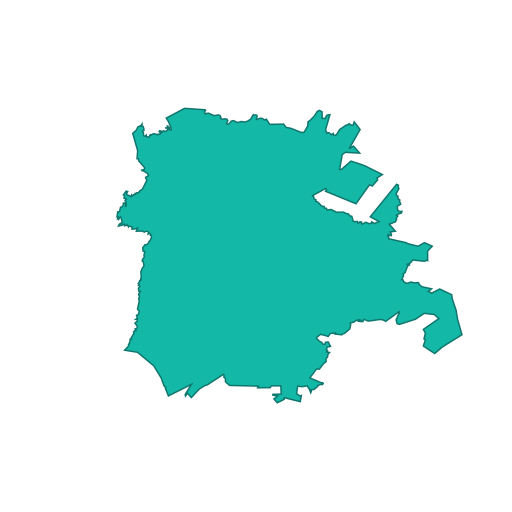 Venustiano Carranza, Chiapas, Mexico (Equal Earth projection), rotated 62°
{"feature_id": "50627088B57673642633786", "entity_name": "Venustiano Carranza", "entity_type": "district", "adm_level": 2, "iso_a3": "MEX", "parent_name": "Mexico", "parent_adm1": "Chiapas", "projection": "equal_earth", "projection_center": [-92.682, 16.309], "detail": "fine", "context": "isolated", "style": "filled", "palette": "teal", "viewbox_px": 512, "rotation_deg": 62, "n_neighbors": 0, "source": "geoboundaries", "source_scale": "gbopen_adm2", "svg_char_len": 6138}
<svg xmlns="http://www.w3.org/2000/svg" viewBox="0 0 512 512"><g transform="rotate(62 256 256)"><path d="M92.1,270.5L96.7,270.2L103.5,271.0L104.9,272.0L103.7,273.0L101.9,272.4L101.5,273.7L100.2,272.7L99.6,273.3L101.1,273.9L100.3,276.2L101.0,274.8L102.6,273.7L103.6,276.7L103.2,278.2L102.1,278.7L102.0,280.4L99.7,282.7L101.5,281.5L101.2,283.0L101.6,282.8L102.7,280.4L102.9,283.2L103.5,283.8L102.5,285.2L102.9,285.8L100.5,288.1L99.9,289.6L99.9,291.3L99.4,292.1L100.0,292.3L99.6,293.1L101.0,294.7L99.1,296.6L97.7,296.2L98.2,297.5L97.1,298.8L94.1,297.5L93.0,298.1L92.4,297.4L92.6,296.1L90.9,295.2L88.5,294.9L87.5,296.6L87.5,295.7L86.0,294.8L86.8,296.3L86.6,299.7L88.6,302.4L89.9,307.3L107.3,311.0L114.3,315.4L115.0,314.1L117.0,314.9L126.0,312.8L127.1,314.2L126.5,316.5L127.2,316.5L128.2,315.3L132.3,313.0L134.6,313.2L134.7,316.6L137.9,316.9L143.6,324.7L144.0,328.3L145.1,330.1L144.2,331.5L144.5,332.3L144.0,333.3L145.0,333.6L144.5,335.5L145.1,336.9L143.7,337.1L144.9,338.3L144.4,339.2L143.7,339.1L141.5,341.1L139.9,340.9L138.9,339.1L137.8,340.2L139.8,344.4L141.2,343.9L143.0,345.4L144.9,343.7L145.6,345.6L148.0,345.6L151.0,347.2L150.8,347.9L147.9,346.1L147.1,348.4L148.6,349.1L149.8,351.3L149.3,352.7L152.7,355.6L152.1,357.4L156.2,360.4L156.6,359.5L158.2,360.8L158.2,360.0L159.2,360.0L157.9,358.3L157.9,357.1L163.6,358.2L163.7,361.6L165.0,363.4L166.0,359.4L165.5,359.2L166.3,357.1L167.6,357.9L168.1,356.0L167.8,354.9L170.4,355.0L169.9,354.2L171.9,351.8L174.1,352.9L175.4,349.7L175.7,347.4L177.9,350.0L180.7,344.5L182.4,343.5L182.5,341.4L183.8,339.9L184.8,339.7L186.0,341.0L186.3,339.2L187.5,338.8L188.2,339.5L188.9,338.9L190.7,339.7L193.1,342.9L192.8,343.3L194.4,345.5L194.5,347.6L193.9,348.6L195.5,352.1L198.6,353.4L199.8,352.1L202.8,354.6L204.3,354.9L206.2,358.4L207.3,358.8L208.0,358.2L212.1,359.5L213.4,362.1L215.8,365.0L222.3,368.0L222.0,368.4L223.6,369.4L223.1,370.3L224.2,371.1L224.9,372.9L226.5,372.8L226.8,373.4L227.2,372.6L228.1,372.6L229.3,375.0L232.0,376.0L233.1,374.6L234.2,377.1L235.3,377.9L236.4,377.6L238.3,378.8L238.2,379.4L241.3,380.5L247.4,385.6L249.9,384.9L252.2,387.1L252.4,389.4L255.2,389.9L255.4,391.8L256.2,390.6L257.7,391.5L258.5,394.4L261.9,393.8L263.2,394.2L264.0,395.7L263.6,396.8L265.6,397.0L265.0,398.1L265.6,399.8L267.1,400.3L269.8,404.8L270.9,404.8L270.4,406.3L272.7,407.6L274.5,410.3L275.6,410.7L277.5,416.2L285.4,405.8L305.1,397.8L319.2,397.0L327.8,398.2L329.5,397.2L330.0,398.1L338.4,399.0L339.0,373.3L345.0,383.5L346.5,384.0L345.0,380.9L350.6,379.6L346.8,368.4L346.4,361.9L346.9,359.4L345.2,340.4L346.1,340.1L348.1,341.3L349.5,340.5L352.8,342.0L357.9,340.1L371.9,315.1L373.1,316.5L378.9,305.2L377.8,303.5L382.3,295.0L389.7,298.6L386.1,306.1L386.8,306.4L389.8,302.6L390.6,307.3L395.6,306.1L395.8,298.4L394.4,297.5L405.4,285.3L400.5,281.5L400.4,282.8L396.5,284.8L390.4,280.2L393.1,276.6L394.6,271.9L398.8,271.4L402.4,271.9L401.4,270.6L399.9,270.1L401.1,267.6L400.2,262.9L399.3,262.1L399.8,259.1L400.7,257.8L400.2,256.5L399.1,256.7L398.2,258.2L388.9,265.7L384.2,255.7L385.6,253.2L382.7,246.7L382.2,243.6L379.6,242.5L378.7,240.2L376.6,238.7L375.7,236.4L373.8,238.8L372.9,237.2L371.7,237.9L369.8,235.8L370.8,232.7L365.8,232.6L364.8,235.2L366.4,236.5L364.9,238.6L363.1,238.5L361.2,240.0L357.3,241.1L356.3,240.5L355.5,235.7L360.9,229.9L359.3,226.8L361.2,222.0L361.9,223.0L365.9,217.2L365.5,216.1L365.9,214.1L364.4,207.4L361.2,204.7L359.4,204.2L360.3,200.6L359.9,198.0L360.5,195.4L361.2,195.8L361.2,194.2L361.7,194.0L361.9,195.9L363.0,194.3L364.1,192.5L362.5,190.6L366.2,187.4L370.2,176.5L371.8,174.1L374.6,172.1L372.3,155.8L373.0,155.7L378.2,162.3L382.0,163.2L383.7,161.4L386.7,144.9L385.6,134.4L391.4,126.0L397.1,123.9L399.4,142.7L403.5,142.6L408.1,146.6L409.4,145.7L414.1,150.5L426.0,144.0L423.8,134.1L422.2,111.1L406.7,107.8L397.8,104.8L385.9,102.8L382.0,101.4L371.4,109.3L371.3,118.3L368.2,120.5L367.4,116.4L361.1,123.9L357.5,125.3L355.8,125.0L354.0,129.0L351.8,131.2L351.1,135.6L348.3,137.6L346.2,137.4L345.3,138.6L342.7,135.0L340.9,134.5L340.7,132.2L336.5,127.4L335.8,126.4L335.9,125.4L334.5,126.5L334.2,126.0L335.1,124.3L334.5,123.9L334.5,122.6L333.1,119.5L338.7,111.3L339.9,109.1L339.8,107.4L340.7,106.6L332.2,102.2L330.1,95.8L323.3,101.0L323.5,108.3L316.2,116.4L314.9,117.0L303.1,130.7L301.0,129.7L300.4,130.4L299.1,129.3L301.5,127.3L300.7,126.3L297.8,126.2L299.5,121.3L290.5,123.4L291.3,117.0L289.9,114.8L288.8,114.8L287.3,112.1L286.1,113.0L285.6,111.4L286.3,107.5L285.1,106.2L284.2,108.2L282.1,109.4L278.4,107.9L278.2,103.9L275.2,103.6L274.0,102.7L271.9,103.8L269.9,102.6L268.2,103.4L266.9,103.2L263.6,98.2L261.1,97.8L260.4,97.0L258.7,98.2L275.0,136.7L283.3,131.2L282.8,136.3L280.2,137.7L281.4,138.5L280.8,139.5L280.7,140.9L277.8,143.2L277.8,147.3L276.5,147.6L275.8,146.8L274.6,148.0L275.0,150.6L273.1,150.3L271.9,153.0L270.9,153.8L265.9,152.8L264.7,154.2L262.0,154.8L260.7,156.6L258.4,158.0L255.3,164.2L250.2,167.8L248.9,171.5L246.8,171.5L246.0,173.0L244.1,172.6L243.2,174.4L237.5,176.1L235.7,177.6L234.7,176.7L232.6,177.9L230.8,177.2L229.6,177.9L229.2,177.7L229.1,163.0L230.6,162.5L231.5,164.2L256.8,143.2L246.4,122.3L248.8,120.5L245.9,112.8L243.9,112.6L243.4,106.2L227.0,117.9L216.8,127.6L219.6,139.6L218.9,141.6L206.9,132.2L206.4,128.5L213.8,116.2L204.7,118.3L205.0,123.4L193.2,104.7L183.7,106.3L186.1,108.7L184.8,110.8L182.8,111.7L183.4,113.6L182.7,114.8L183.6,122.8L186.6,127.8L186.7,129.1L185.8,130.7L184.0,130.3L184.3,132.5L181.5,133.6L180.9,134.6L180.9,135.8L177.3,135.4L165.9,124.4L165.1,126.5L165.4,128.3L167.2,130.1L165.5,132.9L159.7,130.0L157.2,131.6L157.2,134.2L159.7,138.5L161.5,143.8L162.0,147.1L165.4,149.2L169.4,155.5L168.1,158.1L159.9,165.0L156.5,169.1L152.5,169.7L146.2,182.1L140.1,182.6L140.0,184.4L137.4,186.0L136.3,187.6L135.8,191.4L135.2,191.5L133.4,189.5L132.2,189.2L131.3,190.0L130.6,192.0L130.0,192.1L132.6,196.4L133.0,199.6L132.6,202.8L130.3,205.9L129.5,209.7L125.9,212.3L125.3,214.4L126.6,217.7L126.2,219.5L125.1,219.7L123.2,217.3L121.7,217.4L120.6,218.5L119.4,221.5L117.9,222.8L117.3,222.0L115.2,221.8L113.9,222.8L112.4,227.1L107.4,231.1L106.7,234.1L104.5,233.8L103.7,232.1L103.0,232.3L92.1,249.8L92.1,270.5Z" fill="#14b8a6" stroke="#0f766e" stroke-width="1.5"/></g></svg>